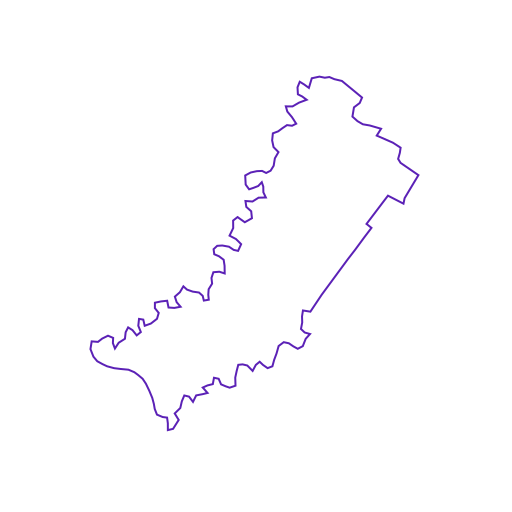 the district of Caibi, Santa Catarina, Brazil, rotated 23°
{"feature_id": "56859067B86054509591718", "entity_name": "Caibi", "entity_type": "district", "adm_level": 2, "iso_a3": "BRA", "parent_name": "Brazil", "parent_adm1": "Santa Catarina", "projection": "natural_earth1", "projection_center": [-53.28, -27.03], "detail": "fine", "context": "isolated", "style": "outline", "palette": "violet", "viewbox_px": 512, "rotation_deg": 23, "n_neighbors": 0, "source": "geoboundaries", "source_scale": "gbopen_adm2", "svg_char_len": 2600}
<svg xmlns="http://www.w3.org/2000/svg" viewBox="0 0 512 512"><g transform="rotate(23 256 256)"><path d="M373.9,118.1L352.7,113.8L348.9,111.1L348.1,104.8L346.8,99.8L337.7,98.2L320.1,98.0L321.4,90.0L309.7,91.4L302.9,93.0L296.7,92.2L290.3,90.0L288.1,80.9L291.7,74.6L291.7,68.7L266.7,61.3L259.0,62.6L253.6,62.6L249.7,65.0L244.3,66.1L237.9,70.6L239.0,80.6L233.4,79.3L228.2,78.5L228.3,84.5L231.4,90.8L236.1,91.1L241.6,92.4L235.7,98.0L231.2,104.0L225.0,106.6L228.4,110.8L234.8,114.1L241.3,118.5L238.3,122.0L233.4,123.4L230.4,128.0L227.7,132.6L223.6,136.5L225.7,143.3L229.6,148.9L236.1,151.6L235.2,158.7L237.0,166.0L236.1,171.8L232.9,175.6L228.4,175.3L223.6,177.6L218.5,181.2L214.6,186.1L218.6,194.3L223.6,197.3L227.0,194.3L230.7,190.7L232.5,185.8L235.6,189.3L237.9,194.5L242.2,198.3L235.6,201.3L231.5,207.2L224.8,209.5L227.9,214.6L234.1,216.7L237.5,222.8L232.5,229.3L223.8,227.4L221.1,232.3L224.1,239.2L223.7,247.6L230.9,248.2L237.7,250.9L237.5,258.3L233.1,259.1L227.5,258.0L220.9,259.5L216.3,261.8L214.3,266.3L216.9,270.7L222.0,270.7L227.7,272.1L230.9,277.3L234.0,284.3L228.4,284.8L223.1,287.6L223.6,293.6L226.4,298.6L225.4,305.1L227.2,310.3L229.6,314.7L225.4,317.4L222.5,313.5L217.8,311.9L211.7,313.5L205.6,313.9L201.0,312.3L200.1,319.1L197.2,325.1L201.0,329.5L206.4,332.2L201.1,335.7L195.6,337.6L191.7,331.9L186.2,335.0L181.2,338.5L183.3,343.5L188.7,346.4L189.4,352.5L185.6,359.3L180.8,363.7L177.1,358.6L172.9,359.6L174.9,366.2L179.7,371.0L177.2,375.7L171.3,372.5L166.2,371.7L165.8,377.1L167.7,383.4L163.5,389.5L162.3,396.3L158.3,392.1L156.5,387.2L150.9,387.2L146.7,392.1L144.1,396.8L138.1,398.8L140.0,406.4L145.7,412.2L151.0,414.9L157.0,415.5L162.0,415.7L169.2,414.7L175.5,412.9L183.0,410.5L189.4,410.5L194.0,411.6L199.6,413.3L204.6,416.6L210.5,421.8L216.0,427.2L219.8,432.1L222.5,436.3L226.8,440.7L233.0,440.7L237.3,439.5L240.2,444.4L242.9,450.7L247.2,447.5L248.9,437.1L242.7,432.7L245.7,425.5L244.5,418.7L244.5,412.4L249.3,411.6L255.0,414.9L255.4,407.7L260.9,404.0L264.9,401.0L258.4,397.9L261.9,394.1L266.3,390.8L264.9,384.5L269.6,383.6L274.0,387.8L279.0,387.8L283.2,387.5L287.8,383.4L284.4,376.0L283.1,369.2L282.2,363.1L286.0,361.0L290.8,360.2L297.8,363.1L298.4,356.3L300.7,351.9L304.9,353.5L310.5,354.7L314.2,351.1L313.3,344.5L313.0,337.8L312.0,330.0L315.2,324.5L320.3,323.5L325.7,324.6L330.7,325.1L334.3,320.7L334.1,312.8L336.2,306.7L330.7,307.4L325.9,305.6L324.5,299.1L322.0,293.7L320.5,287.8L327.8,286.0L331.6,266.0L341.8,223.0L344.8,211.6L348.4,196.4L351.3,185.0L345.2,183.3L351.6,157.9L353.9,148.9L371.3,150.2L370.2,144.7L373.9,118.1Z" fill="none" stroke="#5b21b6" stroke-width="2"/></g></svg>